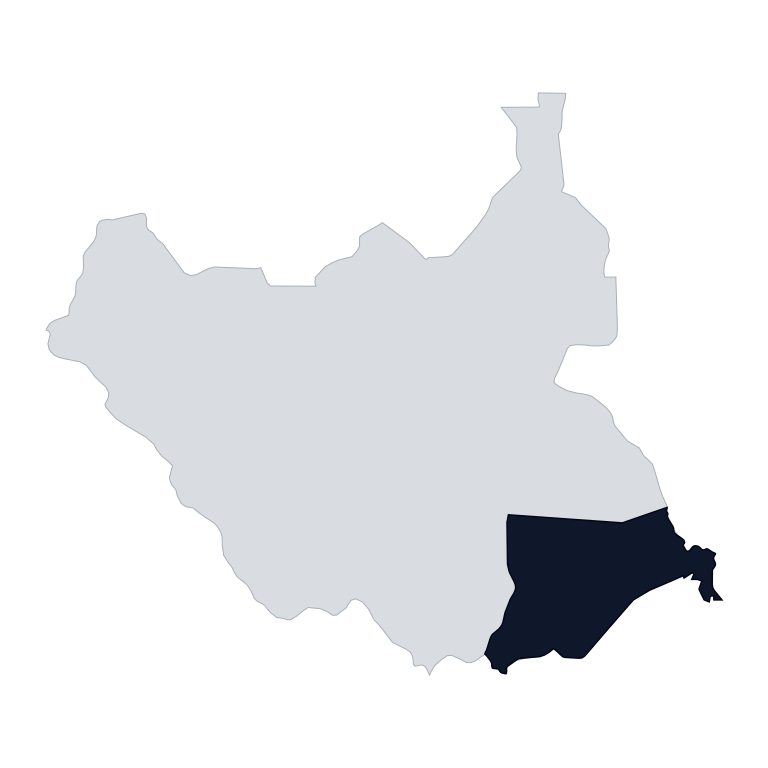 Eastern Equatoria highlighted on a map of South Sudan
{"feature_id": "SDS-892", "entity_name": "Eastern Equatoria", "entity_type": "State", "adm_level": 1, "iso_a3": "SSD", "parent_name": "South Sudan", "parent_adm1": "", "projection": "natural_earth1", "projection_center": [34.12, 4.76], "detail": "fine", "context": "in_parent", "style": "filled", "palette": "ink", "viewbox_px": 768, "rotation_deg": 0, "n_neighbors": 0, "source": "natural_earth", "source_scale": "10m", "svg_char_len": 5731}
<svg xmlns="http://www.w3.org/2000/svg" viewBox="0 0 768 768"><path d="M610.0,626.5L586.6,653.7L584.9,655.4L582.0,657.5L572.5,657.5L562.7,656.2L553.7,649.2L544.6,654.6L538.7,656.3L535.3,657.0L527.1,657.8L515.7,660.7L510.5,664.4L507.6,667.3L505.3,672.6L504.1,673.2L502.0,672.5L499.1,670.4L493.0,667.3L489.9,660.6L487.1,656.5L484.7,654.3L475.0,661.1L470.3,662.7L466.4,662.5L459.4,658.7L451.6,655.4L447.6,655.5L441.6,659.5L434.7,665.6L431.2,671.5L429.5,675.1L427.1,669.6L424.8,666.2L421.5,664.9L415.0,666.2L413.4,664.3L413.1,659.6L412.1,655.4L410.5,652.1L405.5,648.9L392.5,642.4L382.5,629.3L377.5,623.3L373.8,619.4L368.6,609.1L362.7,602.1L355.6,598.8L350.8,600.4L345.9,608.0L336.7,615.1L332.5,615.3L327.1,611.5L320.3,608.7L308.1,607.5L303.0,610.9L296.4,616.3L290.8,619.6L287.4,619.9L284.1,618.7L280.5,618.0L277.3,617.8L270.8,612.9L267.4,609.2L265.1,605.7L261.5,603.3L257.2,601.3L254.1,598.2L252.6,594.3L250.1,589.3L247.0,584.8L237.1,576.7L234.1,571.9L232.0,567.3L228.0,562.1L223.6,555.2L222.3,545.2L222.1,537.1L221.2,533.3L219.4,529.6L217.2,526.4L213.8,522.8L205.7,517.6L197.3,511.5L193.3,508.0L185.7,506.7L181.1,503.3L177.3,495.7L175.8,489.6L171.9,484.9L170.3,481.5L169.4,477.6L172.5,465.6L168.1,461.3L161.5,455.8L156.8,449.8L153.9,444.2L145.5,436.9L127.0,426.0L116.4,419.0L110.5,412.8L105.5,406.6L105.0,404.1L108.3,398.0L108.8,393.0L106.2,387.4L95.1,376.9L86.4,365.4L79.7,361.8L63.6,358.6L59.0,357.4L54.2,355.2L49.4,350.0L47.9,343.9L50.3,334.0L48.8,331.0L46.1,330.2L46.8,328.2L49.9,323.4L54.9,320.3L68.2,315.5L69.0,313.6L69.3,307.5L70.4,304.5L75.0,296.0L75.7,292.6L76.0,285.4L76.6,282.0L77.9,279.5L81.6,275.3L82.9,272.8L83.5,267.2L83.2,256.3L85.1,251.9L93.5,242.0L95.8,237.5L96.6,233.5L96.6,229.5L97.1,225.5L99.6,221.6L101.7,220.4L107.9,219.2L112.1,220.0L141.5,213.2L145.0,214.1L146.5,218.1L146.3,224.6L146.8,227.7L148.4,229.9L153.0,233.0L156.2,238.1L157.9,240.0L162.6,243.5L184.3,272.9L190.5,275.6L196.5,274.6L208.4,268.5L214.4,267.0L255.9,268.7L260.6,267.8L260.9,267.9L267.1,282.7L270.2,286.0L315.8,286.2L314.9,282.0L315.5,277.3L323.6,268.3L324.7,267.2L331.8,262.9L338.7,260.0L351.9,256.7L356.8,251.3L359.5,246.5L359.6,236.9L361.3,235.3L364.5,233.1L379.8,224.5L382.4,222.7L409.4,242.6L424.5,258.4L425.4,259.2L426.2,259.4L427.0,258.9L427.7,258.2L429.5,257.5L436.0,257.3L448.3,256.5L452.4,254.6L477.1,226.5L483.4,217.5L484.9,215.7L488.5,209.3L492.3,198.3L493.1,197.0L520.1,170.7L521.0,168.6L521.3,166.9L517.2,158.0L516.4,153.5L516.2,146.6L517.0,135.8L516.8,129.0L516.4,127.1L516.2,126.7L501.2,107.3L539.2,107.1L539.3,104.7L539.2,103.9L538.4,101.6L538.0,98.5L538.1,96.8L538.3,95.2L538.3,94.3L538.2,93.5L538.2,93.2L538.4,92.9L565.7,93.3L565.3,98.8L562.0,111.7L562.0,119.4L561.3,128.3L560.3,130.9L558.9,133.0L558.4,134.1L558.4,135.0L564.0,184.5L563.6,186.6L562.1,189.7L561.7,190.7L561.6,191.5L562.2,192.0L574.8,197.3L575.4,197.7L575.9,198.1L580.5,204.5L605.3,228.0L606.1,229.1L608.7,236.5L609.0,237.6L609.1,239.4L609.0,240.7L608.4,245.2L608.6,247.2L609.0,248.5L609.3,250.0L609.3,250.4L609.1,251.5L605.4,260.1L604.2,266.1L603.9,271.2L604.1,274.2L604.5,276.1L604.8,276.8L605.2,277.1L615.9,277.1L615.9,279.8L617.3,324.5L617.3,329.5L616.9,335.8L615.6,338.2L612.6,341.8L608.8,345.0L599.1,345.9L591.1,345.8L585.3,345.0L577.5,344.7L570.2,345.4L567.5,348.2L557.8,371.9L554.7,377.8L554.0,381.3L554.9,383.4L558.7,386.3L567.0,390.6L576.5,393.0L583.7,394.1L588.5,395.2L592.3,396.5L605.8,407.3L610.2,412.3L612.6,416.7L613.2,421.5L615.1,426.2L627.5,441.1L639.3,448.0L643.8,455.9L648.1,459.8L652.3,463.9L654.5,470.1L659.6,487.9L663.0,497.3L666.6,504.9L668.0,517.3L670.8,522.9L673.6,529.7L678.4,535.8L683.4,540.5L684.4,541.7L633.3,599.8L610.0,626.5Z" fill="#d9dde1" stroke="#a8b0b8" stroke-width="1"/><path d="M684.4,541.8L684.7,542.6L684.3,543.3L683.8,544.0L683.4,544.7L683.3,545.5L683.6,546.2L685.5,549.6L686.3,550.7L687.4,551.3L688.8,551.1L690.1,550.0L692.4,547.1L693.7,546.1L694.7,545.8L695.9,545.8L697.1,546.0L698.1,546.3L699.5,547.2L701.9,549.5L703.3,550.0L704.7,549.6L705.7,549.1L706.8,548.8L708.2,549.3L712.0,551.9L715.2,553.4L715.5,553.9L713.9,556.6L713.5,558.1L713.7,559.4L714.8,561.9L715.4,563.5L715.4,564.9L714.9,566.2L712.7,569.5L712.4,570.3L712.2,584.2L712.7,587.5L714.1,590.3L721.9,599.9L718.2,599.9L713.9,599.9L713.7,596.0L711.5,595.8L709.9,597.1L709.6,599.9L709.2,601.9L704.2,599.9L701.3,594.1L699.0,589.2L701.8,580.9L697.4,579.4L691.7,579.4L693.9,574.3L692.6,572.5L688.1,575.4L684.1,578.0L683.1,575.8L679.1,577.5L674.4,579.6L669.1,581.9L664.4,583.9L660.0,585.8L655.3,587.8L649.7,590.2L645.8,592.5L641.9,594.8L637.9,597.2L633.4,599.9L627.5,606.5L621.7,613.2L615.9,619.9L610.1,626.5L605.4,632.0L600.7,637.4L594.3,644.9L588.8,651.3L584.5,656.2L584.2,656.4L582.1,657.8L579.6,658.2L570.4,657.7L569.1,657.6L565.1,657.4L563.3,657.0L562.1,656.2L554.9,649.4L553.7,648.8L552.7,649.2L549.2,652.2L544.7,654.9L539.9,656.6L530.8,657.4L520.2,658.4L517.7,659.1L507.1,666.5L506.5,667.5L506.4,668.3L506.6,670.7L506.6,671.7L506.4,672.7L506.4,673.1L506.0,673.7L505.3,673.7L501.7,672.9L500.7,672.3L499.8,671.2L499.4,670.5L498.7,669.2L498.1,668.8L497.6,668.7L493.1,668.4L492.3,667.9L491.9,666.8L491.7,663.7L491.5,662.5L490.7,660.9L486.6,655.6L485.2,654.3L484.9,654.1L485.1,652.9L486.5,650.3L490.3,638.2L491.4,635.8L492.5,634.3L498.5,629.3L500.4,627.1L501.8,625.1L502.9,622.4L505.1,612.5L510.4,599.0L513.8,593.4L514.9,590.9L515.6,588.6L515.6,586.5L515.1,584.1L514.2,581.8L509.6,572.6L508.8,570.0L507.5,564.1L507.0,522.3L508.4,514.8L622.2,522.9L667.1,507.4L667.2,508.1L666.6,509.5L666.4,510.3L666.3,511.1L666.6,511.8L667.6,513.0L667.8,513.7L667.6,514.7L667.5,515.4L667.3,516.2L667.4,517.0L668.0,518.5L672.7,526.1L673.5,527.9L674.0,531.8L674.6,533.1L677.2,535.3L681.8,538.4L684.0,540.4L684.4,541.8Z" fill="#0f172a" stroke="#020617" stroke-width="1.5"/></svg>